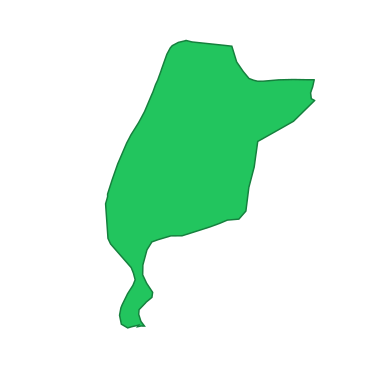 Yassin, Eastern Darfur, Sudan, rotated 22°
{"feature_id": "16777658B43092158713843", "entity_name": "Yassin", "entity_type": "district", "adm_level": 2, "iso_a3": "SDN", "parent_name": "Sudan", "parent_adm1": "Eastern Darfur", "projection": "robinson", "projection_center": [25.585, 11.706], "detail": "fine", "context": "isolated", "style": "filled", "palette": "green", "viewbox_px": 384, "rotation_deg": 22, "n_neighbors": 0, "source": "geoboundaries", "source_scale": "gbopen_adm2", "svg_char_len": 1499}
<svg xmlns="http://www.w3.org/2000/svg" viewBox="0 0 384 384"><g transform="rotate(22 192 192)"><path d="M190.4,312.4L190.8,311.2L194.3,304.7L193.1,299.8L184.1,293.6L177.3,287.3L173.8,278.1L171.9,262.5L173.5,253.3L178.3,249.0L188.8,240.6L199.2,236.3L206.6,230.2L212.4,225.4L222.1,217.3L229.4,210.7L230.7,209.4L235.3,204.8L245.6,199.6L249.1,189.5L243.0,166.5L240.3,145.5L237.6,134.9L236.6,130.8L234.0,120.5L242.9,109.4L259.6,88.4L271.4,61.3L271.4,61.2L267.7,60.8L267.6,60.7L264.8,55.6L264.8,54.8L264.6,52.4L264.5,50.0L264.5,49.6L264.3,48.3L263.4,42.9L263.3,42.4L263.2,42.2L256.2,45.0L243.7,49.8L230.3,55.6L216.5,62.6L211.4,64.7L207.2,65.3L202.3,65.4L194.2,61.0L184.7,54.7L174.3,41.9L167.1,43.9L135.7,52.9L129.8,53.7L129.8,53.8L129.5,54.0L123.3,58.4L119.3,63.2L118.9,63.6L117.9,66.5L117.6,69.2L117.1,73.7L117.8,90.2L117.9,91.0L118.0,93.4L118.2,99.4L118.3,100.8L118.0,106.1L118.3,113.8L118.3,114.2L118.2,116.8L118.1,123.2L117.9,135.2L116.9,144.5L116.5,147.8L116.0,150.7L114.0,161.9L113.8,164.0L113.7,165.3L113.1,171.0L112.7,189.9L112.6,193.7L113.4,210.6L114.5,225.6L114.9,226.5L115.5,227.9L115.8,230.4L116.3,235.3L117.8,238.4L131.5,266.5L136.0,270.7L164.0,284.9L168.1,289.2L172.2,294.7L172.2,300.7L170.4,310.4L169.5,322.7L169.5,326.1L171.0,333.4L176.0,341.0L177.3,341.2L183.3,342.1L186.3,339.7L187.0,339.2L187.7,338.7L191.9,335.8L192.1,335.7L192.3,335.5L192.0,337.3L194.8,335.4L198.1,334.1L193.1,331.1L188.4,325.4L187.0,320.9L190.4,312.4Z" fill="#22c55e" stroke="#15803d" stroke-width="1.5"/></g></svg>